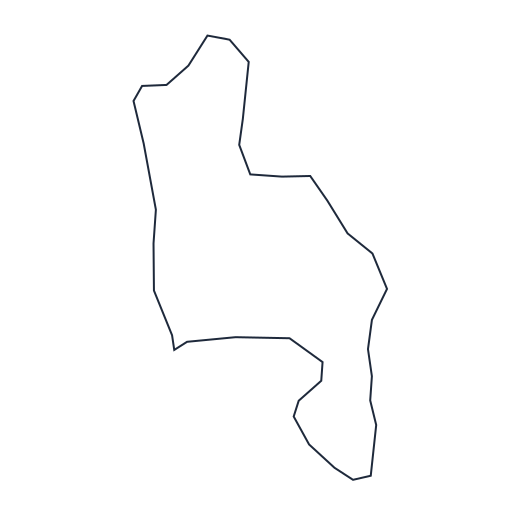 Vellinge, Skåne, Sweden, rotated 274°
{"feature_id": "70781695B48074135992982", "entity_name": "Vellinge", "entity_type": "district", "adm_level": 2, "iso_a3": "SWE", "parent_name": "Sweden", "parent_adm1": "Skåne", "projection": "robinson", "projection_center": [13.015, 55.472], "detail": "fine", "context": "isolated", "style": "outline", "palette": "slate", "viewbox_px": 512, "rotation_deg": 274, "n_neighbors": 0, "source": "geoboundaries", "source_scale": "gbopen_adm2", "svg_char_len": 652}
<svg xmlns="http://www.w3.org/2000/svg" viewBox="0 0 512 512"><g transform="rotate(274 256 256)"><path d="M232.3,389.0L266.6,372.0L284.9,345.8L316.2,323.3L339.6,304.5L337.0,276.4L337.0,244.6L365.7,231.5L391.7,233.3L449.1,235.2L469.9,214.6L470.4,210.9L472.5,192.2L441.2,175.3L420.4,154.8L417.7,130.5L405.4,124.6L402.1,123.0L360.4,136.1L295.2,152.9L261.4,152.9L214.4,156.6L171.1,177.8L156.6,181.0L165.6,193.2L173.6,241.3L176.3,295.2L154.8,329.8L136.1,329.8L114.6,308.7L98.5,304.8L71.7,322.1L50.2,349.1L39.5,368.4L44.8,385.8L95.8,387.7L119.9,380.0L144.1,380.0L170.9,374.2L200.4,376.1L232.3,389.0Z" fill="none" stroke="#1e293b" stroke-width="2"/></g></svg>